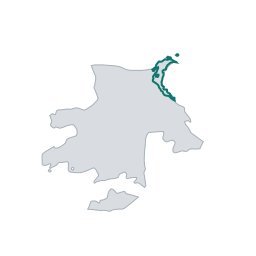 Bakı on a map of Azerbaijan (Mercator projection), rotated 308°
{"feature_id": "AZE-1689", "entity_name": "Bakı", "entity_type": "Municipality", "adm_level": 1, "iso_a3": "AZE", "parent_name": "Azerbaijan", "parent_adm1": "", "projection": "mercator", "projection_center": [49.815, 40.127], "detail": "medium", "context": "in_parent", "style": "outline", "palette": "teal", "viewbox_px": 256, "rotation_deg": 308, "n_neighbors": 0, "source": "natural_earth", "source_scale": "10m", "svg_char_len": 4938}
<svg xmlns="http://www.w3.org/2000/svg" viewBox="0 0 256 256"><g transform="rotate(308 128 128)"><path d="M163.5,195.9L162.7,195.8L156.5,197.3L155.2,196.8L149.8,190.0L148.7,189.3L146.5,189.0L145.1,187.9L144.0,186.0L143.4,184.7L137.9,181.0L137.1,179.6L137.0,178.4L137.8,177.4L138.7,176.5L141.4,175.5L144.5,174.7L145.5,174.2L146.0,173.2L146.0,171.6L145.5,170.1L141.0,167.2L140.5,166.0L140.4,164.5L140.6,162.9L141.3,161.7L145.0,160.0L147.0,158.3L145.7,156.4L141.8,152.0L137.1,147.1L133.9,147.1L130.3,148.5L124.5,152.6L121.3,154.4L117.1,157.3L112.6,160.6L108.8,164.0L106.5,166.9L102.4,168.1L100.3,170.5L93.4,177.7L91.4,177.6L91.3,174.0L91.4,171.2L91.0,169.6L88.7,167.4L88.7,166.4L89.3,165.8L91.0,166.2L93.2,166.1L94.3,165.2L91.9,162.3L89.8,160.3L88.0,159.0L87.6,158.2L87.6,157.6L88.0,156.9L91.0,155.3L91.3,153.8L91.1,152.2L86.3,149.7L82.7,150.6L79.4,147.9L77.3,145.7L74.7,143.5L72.4,142.2L70.2,139.3L66.3,136.4L63.8,135.5L63.8,135.1L64.3,134.5L65.3,134.1L72.2,134.2L73.1,133.6L73.5,132.4L74.5,130.5L75.6,127.7L75.5,125.4L68.5,121.6L63.5,118.1L60.0,113.5L57.6,109.3L57.7,107.8L58.4,106.5L63.8,102.6L64.2,101.6L64.0,100.9L62.1,98.9L59.7,96.8L58.9,95.3L57.4,94.6L54.5,94.5L49.4,92.0L48.4,91.7L48.1,91.2L48.4,90.7L52.0,89.7L51.9,88.8L50.8,87.7L48.8,86.9L46.9,84.9L46.3,83.0L52.8,77.7L54.7,76.6L59.0,77.6L67.9,81.2L67.3,83.1L68.2,84.2L70.3,85.7L74.2,87.2L77.5,88.0L79.2,87.4L81.7,86.8L85.0,88.5L88.1,90.8L89.6,91.7L90.4,91.9L92.7,91.2L95.5,88.3L96.6,84.9L96.9,83.2L95.3,80.9L92.0,78.4L88.2,76.2L85.8,74.3L84.3,70.4L82.7,70.0L82.3,69.5L82.1,68.2L82.1,66.4L82.7,65.0L84.2,64.4L85.7,64.2L87.1,62.8L88.8,60.2L89.6,58.7L92.8,59.5L93.3,61.9L93.9,62.4L95.2,62.1L97.5,61.1L99.3,61.9L101.6,64.7L104.8,67.7L106.5,69.7L107.2,71.0L108.8,72.4L111.2,73.9L113.1,76.4L114.8,82.1L116.5,83.4L122.7,85.5L124.8,86.0L130.9,86.7L133.0,86.2L136.1,81.3L138.9,76.3L141.5,75.2L146.2,72.8L149.1,70.5L150.2,68.0L152.9,63.3L154.6,60.6L157.3,63.0L162.2,69.3L169.1,79.7L170.7,82.6L171.9,86.0L172.8,90.1L174.4,93.7L181.4,102.8L184.4,106.1L189.3,110.5L191.0,111.4L193.3,111.7L197.5,111.7L201.4,113.4L203.4,114.6L205.4,116.3L207.1,118.3L208.9,123.5L202.2,121.8L195.4,122.1L191.5,123.2L187.8,124.8L184.2,126.9L182.0,131.2L180.1,141.0L177.3,150.1L177.4,154.3L178.7,158.3L178.5,160.3L177.2,161.1L175.7,162.8L173.6,171.1L172.5,172.7L171.2,173.8L170.8,172.8L170.9,170.6L167.9,168.7L166.3,170.9L165.3,175.4L163.1,180.2L163.0,181.1L163.5,195.9ZM63.0,110.1L63.3,108.8L62.4,108.2L61.5,108.2L60.7,108.8L60.7,110.5L61.8,110.8L63.0,110.1ZM40.7,148.4L39.7,147.1L39.2,146.3L42.2,145.7L47.2,143.9L48.5,144.8L50.0,146.6L50.7,148.2L50.9,151.1L51.5,151.6L53.9,150.6L55.0,151.8L56.8,153.2L60.1,154.6L64.7,152.4L67.1,151.8L69.0,151.9L70.0,152.6L70.4,154.8L70.0,157.6L69.5,159.1L70.4,160.2L74.3,162.9L75.9,164.4L75.1,167.0L77.9,173.2L78.9,175.7L80.0,178.7L74.2,177.5L63.7,175.0L60.8,173.7L58.0,170.2L56.4,168.5L54.0,166.3L52.0,165.5L50.5,164.0L49.6,161.7L48.4,159.7L46.2,157.4L41.3,149.3L40.7,148.4ZM46.9,93.7L46.3,94.1L45.3,93.7L45.0,92.6L45.1,91.6L46.0,91.3L46.9,91.6L47.1,92.6L46.9,93.7Z" fill="#d9dde1" stroke="#a8b0b8" stroke-width="1"/><path d="M189.0,111.3L189.5,111.5L191.0,111.7L192.3,112.2L193.0,112.2L193.5,112.1L195.2,111.4L196.0,111.3L199.4,111.4L199.7,111.7L200.0,112.5L201.1,113.7L201.8,114.0L204.5,114.6L205.0,114.9L206.2,117.3L207.5,117.9L208.0,118.5L208.5,119.3L208.8,120.1L209.1,123.4L209.3,123.7L209.5,124.5L209.7,125.3L209.6,125.9L208.4,123.7L207.6,122.9L206.1,121.6L205.5,121.3L204.8,121.0L203.5,120.8L201.7,120.4L200.7,120.7L199.5,120.7L199.0,120.9L197.9,121.8L197.3,121.8L196.5,120.7L195.4,120.4L194.6,120.0L194.0,120.3L193.0,121.2L193.2,122.2L192.3,123.0L191.1,123.7L189.1,124.1L187.3,125.2L185.0,126.0L184.5,126.4L182.4,128.5L182.4,129.4L182.6,130.9L180.9,131.5L180.6,132.1L180.7,132.9L181.1,133.7L181.8,134.4L182.1,134.7L182.2,135.1L182.0,135.3L180.7,136.3L180.4,137.2L180.5,138.3L180.9,139.6L180.8,140.1L180.1,140.8L180.1,141.2L180.3,141.9L180.3,142.1L179.7,142.7L179.5,143.2L179.5,143.5L179.5,144.3L179.7,144.8L180.4,145.8L180.4,146.1L179.2,146.9L178.4,147.8L178.1,146.6L177.9,143.6L178.3,142.1L178.2,140.0L177.3,138.8L176.9,137.6L176.4,136.5L176.7,135.4L177.0,134.3L178.0,132.8L177.7,131.2L178.1,130.3L178.6,129.6L178.8,128.8L178.8,128.2L179.0,127.5L179.5,127.0L180.4,125.3L180.5,123.0L180.3,120.8L180.2,118.8L181.2,117.9L182.5,117.7L184.0,116.0L186.5,115.9L188.3,115.7L189.7,116.1L191.1,115.6L193.9,114.9L194.4,114.2L190.8,113.0L189.7,113.4L189.0,113.3L188.4,112.6L188.9,111.7L189.0,111.3ZM185.6,118.3L186.1,119.1L186.4,119.9L187.1,120.0L187.8,119.9L188.4,119.6L188.8,119.2L187.8,117.7L186.6,117.7L185.6,118.3ZM209.6,118.7L208.6,118.8L208.7,117.8L207.7,116.4L207.7,115.5L208.1,115.7L208.6,115.5L208.8,115.8L208.8,116.6L209.5,117.4L209.8,117.9L209.8,118.4L209.6,118.7ZM216.6,122.7L216.0,122.6L215.6,122.7L215.2,122.3L214.9,121.7L215.0,121.2L215.4,121.5L215.9,121.2L216.2,121.2L216.7,121.7L216.8,122.3L216.6,122.7Z" fill="none" stroke="#0f766e" stroke-width="2"/></g></svg>